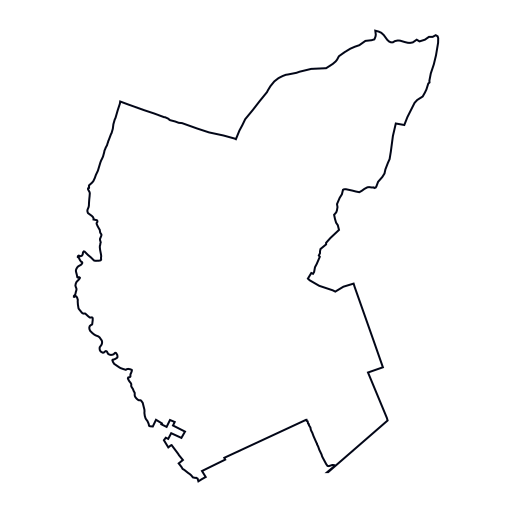 Sanpetru, Brasov, Romania (Albers equal-area conic projection)
{"feature_id": "2599482B44201222248053", "entity_name": "Sanpetru", "entity_type": "district", "adm_level": 2, "iso_a3": "ROU", "parent_name": "Romania", "parent_adm1": "Brasov", "projection": "albers", "projection_center": [25.619, 45.713], "detail": "fine", "context": "isolated", "style": "outline", "palette": "ink", "viewbox_px": 512, "rotation_deg": 0, "n_neighbors": 0, "source": "geoboundaries", "source_scale": "gbopen_adm2", "svg_char_len": 5908}
<svg xmlns="http://www.w3.org/2000/svg" viewBox="0 0 512 512"><path d="M416.7,39.7L412.8,42.4L410.1,42.9L407.9,42.8L405.0,42.1L399.9,40.6L397.7,40.5L394.9,41.1L392.9,42.3L390.9,42.3L389.2,41.6L387.3,39.9L383.8,35.1L381.3,32.8L378.7,31.6L375.3,30.7L375.8,34.7L375.5,36.5L374.8,38.4L374.3,39.4L371.6,40.2L365.4,40.9L359.3,45.2L354.9,46.7L350.3,48.7L344.7,52.1L339.2,56.0L338.7,56.6L337.1,59.6L335.7,61.4L332.8,63.9L326.1,68.2L311.2,68.9L299.6,71.7L296.5,72.8L287.9,74.5L285.8,74.8L282.7,76.0L279.9,77.4L278.4,78.2L274.3,81.4L270.4,86.2L267.9,90.3L267.0,92.1L259.6,101.2L252.7,110.1L245.2,119.2L242.3,125.2L239.4,130.6L235.9,139.2L235.5,139.0L235.5,138.8L223.5,135.5L209.0,132.4L197.1,128.5L182.0,123.1L178.7,122.8L175.2,121.5L170.2,120.2L169.4,119.8L168.8,119.1L167.9,118.5L165.0,117.2L164.1,117.2L154.2,113.5L143.9,110.1L128.8,104.7L120.2,101.5L119.9,103.6L117.7,110.3L115.5,117.9L114.7,119.6L113.4,124.2L112.8,128.8L112.0,131.6L111.6,133.0L111.0,134.1L108.5,140.7L108.2,141.2L108.0,142.3L107.6,143.2L107.0,145.3L105.7,147.6L105.5,148.3L104.5,150.6L104.1,152.6L103.0,156.6L101.8,159.2L101.2,160.3L100.4,162.4L97.9,170.7L95.9,174.9L94.8,178.0L93.3,181.2L91.9,182.8L89.1,185.3L88.9,186.0L89.1,187.1L89.0,187.9L88.9,188.1L88.1,188.3L88.0,188.8L88.1,189.5L89.5,192.0L89.8,193.2L89.6,196.1L89.3,198.9L89.0,202.9L88.9,205.5L88.6,207.1L87.6,209.5L87.4,210.4L87.4,211.2L87.7,212.4L88.0,213.1L88.8,213.7L91.8,215.9L92.9,217.0L93.6,218.5L93.5,219.5L96.5,220.1L97.0,220.3L97.3,220.8L97.4,221.3L97.4,221.8L96.6,223.1L96.6,223.6L96.8,224.3L97.8,226.5L99.2,229.0L99.7,229.7L100.2,232.6L101.4,234.5L101.4,235.3L101.2,236.0L100.0,238.9L100.0,239.5L100.1,240.3L100.6,241.9L100.7,242.2L100.7,242.6L100.4,243.3L100.2,244.9L99.9,245.7L99.8,247.1L100.1,249.9L101.0,254.5L101.2,256.1L101.0,257.8L101.1,259.7L100.6,260.3L100.1,260.5L98.8,260.7L95.6,260.8L94.2,260.6L93.8,260.3L90.9,257.4L87.9,254.9L84.6,251.6L84.2,251.5L83.8,251.4L83.0,252.4L82.7,254.4L82.0,255.6L80.7,256.2L80.3,256.2L79.1,255.7L78.7,255.6L78.2,255.9L78.0,256.1L77.8,256.6L77.8,257.1L78.9,257.8L79.5,259.2L79.8,259.8L81.0,261.6L82.0,262.1L82.2,262.5L82.3,262.9L82.0,263.6L81.3,264.5L80.8,264.9L78.3,266.3L77.4,267.2L76.5,268.6L76.0,270.0L75.9,270.8L76.0,271.6L76.9,275.1L77.3,277.2L77.6,277.5L77.8,277.5L78.5,277.2L79.1,277.2L79.5,277.4L79.9,277.8L79.7,278.4L78.7,279.7L76.6,281.8L75.8,283.5L75.4,285.5L75.7,286.7L76.4,288.5L76.5,289.2L76.4,290.1L75.8,292.1L75.4,294.0L75.0,294.8L73.9,296.0L73.9,296.8L74.4,296.9L75.2,296.3L75.5,296.1L75.9,296.2L76.3,296.4L77.1,297.6L77.8,299.8L77.7,301.4L77.9,304.5L78.5,308.3L78.8,308.9L81.7,312.5L82.2,313.0L83.1,313.5L83.7,313.6L84.6,313.5L85.3,313.6L88.1,316.2L89.6,317.4L90.1,317.6L91.2,317.4L92.0,317.4L92.5,317.8L92.7,318.2L92.7,318.9L92.7,320.2L92.2,324.2L91.8,324.7L91.0,325.0L89.8,326.0L89.5,326.8L89.3,327.6L89.4,328.9L89.7,329.8L90.2,330.9L92.4,333.1L94.3,334.6L95.7,335.4L98.3,336.4L99.6,337.4L101.8,340.6L102.1,342.0L102.0,343.2L101.6,344.6L99.7,347.3L99.6,348.6L99.8,350.0L100.4,351.1L100.8,351.6L102.7,352.7L103.3,352.7L103.7,352.6L105.3,351.3L105.7,351.1L106.3,351.2L106.7,351.4L107.1,351.9L108.0,353.7L108.6,354.2L110.3,354.9L111.6,354.9L113.1,354.5L113.7,354.2L115.0,352.9L115.3,352.8L115.8,352.9L116.2,353.2L117.3,355.1L117.4,356.0L117.5,356.9L117.3,357.5L116.9,357.9L115.1,359.0L113.5,359.6L112.7,359.7L112.4,360.1L112.4,360.4L113.0,362.0L114.2,363.9L119.5,367.5L120.6,368.1L123.1,369.0L125.8,369.8L127.0,369.1L128.3,368.9L130.3,369.3L131.6,369.8L131.9,370.1L131.8,370.9L131.5,371.9L130.9,373.4L130.5,374.1L130.4,375.4L130.4,376.5L130.1,376.9L129.4,377.3L128.6,377.3L128.2,377.5L127.9,378.3L128.0,378.8L128.9,380.6L129.5,381.5L130.5,382.7L131.1,383.7L131.3,384.6L131.2,385.6L131.3,386.4L131.6,387.0L132.9,389.0L133.8,391.3L134.6,392.6L134.7,393.2L134.7,395.1L134.8,395.8L135.1,396.7L136.2,398.2L137.1,399.1L138.1,399.9L139.0,400.3L140.2,400.2L141.1,400.6L142.7,402.8L144.4,409.6L144.5,411.2L144.4,413.0L144.8,415.9L145.5,418.2L145.9,419.0L147.4,421.0L148.1,422.5L148.8,424.3L148.9,425.1L149.1,425.8L149.5,426.1L150.4,426.3L152.8,426.5L156.0,419.8L161.9,423.4L161.4,424.3L166.6,426.9L170.0,420.0L174.7,422.0L173.0,425.5L185.0,431.6L181.4,437.9L171.2,433.2L168.2,438.9L165.8,437.7L163.9,440.2L168.3,447.4L170.3,445.8L171.2,445.2L171.6,445.1L178.2,453.9L178.9,455.1L182.9,460.0L178.7,463.4L181.5,467.0L182.6,468.9L184.3,469.9L188.2,473.0L189.7,474.0L191.2,475.3L192.9,477.4L195.3,477.9L196.2,477.8L197.6,478.6L198.4,481.3L202.1,479.0L205.7,477.0L202.0,471.0L225.2,459.6L224.3,457.8L306.1,419.8L306.5,419.8L306.5,420.3L306.7,420.9L307.6,421.3L307.7,421.6L308.0,423.3L308.1,423.6L308.9,424.2L308.9,425.0L309.1,425.5L310.4,427.5L310.8,429.7L311.3,430.9L312.3,432.8L313.5,436.1L316.5,442.9L317.0,443.6L317.0,444.3L318.1,446.4L319.3,449.8L321.6,454.6L322.0,456.1L322.5,457.2L326.2,464.1L327.5,465.9L328.4,466.1L329.2,466.0L332.3,465.0L334.0,465.1L335.2,465.5L327.3,472.1L328.2,472.1L387.6,420.5L386.9,418.0L368.0,372.5L382.9,367.3L373.6,340.7L354.7,287.1L353.6,283.6L343.4,286.7L335.3,291.6L332.7,290.3L319.2,285.8L309.7,280.3L307.9,278.6L311.3,273.0L313.0,273.8L314.1,272.0L315.0,267.2L316.7,264.0L319.8,256.8L318.8,255.5L320.0,253.2L320.0,251.3L320.5,249.0L326.1,244.4L326.1,242.8L330.4,238.0L339.0,229.9L337.8,225.2L336.1,222.7L335.0,219.0L334.1,214.8L336.2,212.4L336.9,210.5L337.5,207.1L337.0,204.1L339.7,197.8L341.9,194.3L343.0,189.8L344.0,189.3L345.9,189.2L352.4,190.6L355.8,191.5L359.3,192.2L361.8,190.8L364.4,188.9L367.4,187.3L369.2,187.1L371.8,187.5L373.7,187.4L374.3,188.0L375.6,187.6L376.3,186.6L378.1,181.8L382.3,177.0L384.5,173.5L385.4,169.4L387.9,162.9L389.6,159.1L390.8,151.8L392.9,136.0L395.8,123.5L404.3,125.0L407.4,117.1L414.6,102.8L417.3,99.9L422.7,96.5L424.9,92.6L426.4,89.5L428.3,83.5L429.5,82.5L429.4,80.6L430.8,73.4L433.8,64.4L436.0,55.3L438.1,42.8L438.2,38.2L437.6,36.3L435.7,35.2L432.6,36.9L428.9,36.9L424.9,39.7L419.5,41.4L416.7,39.7Z" fill="none" stroke="#020617" stroke-width="2"/></svg>